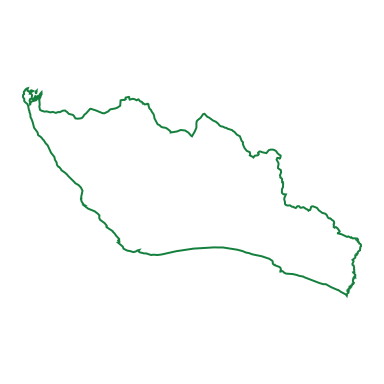 outline of Jembrana, Bali, Indonesia
{"feature_id": "22746128B85592790675198", "entity_name": "Jembrana", "entity_type": "district", "adm_level": 2, "iso_a3": "IDN", "parent_name": "Indonesia", "parent_adm1": "Bali", "projection": "orthographic", "projection_center": [114.641, -8.314], "detail": "fine", "context": "isolated", "style": "outline", "palette": "green", "viewbox_px": 384, "rotation_deg": 0, "n_neighbors": 0, "source": "geoboundaries", "source_scale": "gbopen_adm2", "svg_char_len": 5906}
<svg xmlns="http://www.w3.org/2000/svg" viewBox="0 0 384 384"><path d="M40.5,96.9L40.6,96.0L41.6,94.3L41.5,92.3L40.2,93.7L38.9,96.6L36.2,100.2L31.3,101.6L30.9,102.0L30.8,102.7L30.0,103.4L30.3,104.2L30.1,104.4L29.8,103.2L30.5,102.5L29.7,101.3L29.5,99.6L29.1,99.4L29.6,99.5L30.2,99.0L30.7,99.1L32.0,98.5L31.7,97.7L32.1,95.2L31.6,94.4L30.7,93.8L30.8,93.2L29.9,93.5L30.0,93.0L29.5,92.4L29.5,91.5L27.5,90.8L27.3,90.0L27.9,88.2L26.7,88.6L25.3,89.7L24.8,90.9L24.1,91.4L23.8,92.3L24.1,94.1L23.0,95.1L23.1,97.3L24.3,99.0L24.2,100.9L24.6,101.6L27.4,104.1L28.1,105.6L28.9,110.0L29.5,111.1L29.4,111.9L30.3,114.3L30.6,117.6L31.3,118.5L32.7,122.2L34.1,127.8L37.5,132.3L38.2,135.2L40.5,136.7L41.9,138.1L42.6,139.2L43.8,140.3L45.6,143.2L47.7,145.4L51.0,152.7L54.4,157.0L54.9,159.7L56.6,162.5L56.9,164.7L57.8,166.1L58.4,166.8L59.3,167.1L60.9,169.1L61.4,170.2L64.9,172.6L67.0,174.5L68.2,176.0L74.7,182.4L75.1,183.1L78.6,185.1L80.9,187.5L82.5,190.7L81.2,196.9L81.4,198.5L80.9,198.6L80.9,199.1L81.8,201.9L83.9,204.9L84.5,205.2L83.8,205.3L88.2,208.7L94.5,211.2L97.7,213.6L99.0,215.0L99.4,215.4L99.2,217.9L100.2,219.9L104.6,223.1L106.6,225.5L106.8,226.3L106.4,226.7L106.5,227.1L112.6,231.1L112.7,231.6L114.4,233.2L116.2,235.8L119.2,239.0L118.8,239.9L118.2,240.4L119.0,241.4L119.3,241.2L119.4,241.9L117.9,242.5L122.8,246.6L123.5,248.7L127.3,250.6L130.5,251.2L133.3,252.1L135.6,251.6L137.3,250.5L139.2,250.0L138.4,251.1L139.7,252.3L144.0,253.4L146.1,253.4L151.1,255.0L153.2,254.7L157.6,255.0L161.5,254.5L176.3,251.2L193.7,248.6L207.1,247.8L213.4,247.4L223.1,247.5L237.2,249.7L242.6,251.1L245.8,252.5L249.0,253.1L252.2,254.3L261.9,256.3L269.3,258.8L272.3,260.8L272.8,262.1L272.8,263.6L273.4,264.3L274.1,264.8L274.7,264.8L274.7,265.1L275.2,265.4L279.3,266.9L280.3,267.6L280.9,269.3L280.9,270.0L280.3,271.0L280.4,271.6L282.3,271.1L283.2,271.6L284.1,272.7L286.1,273.6L293.0,274.1L297.2,275.1L299.0,275.8L303.4,276.6L304.2,277.2L319.6,283.1L323.4,284.2L325.9,284.2L331.0,287.1L337.7,290.0L338.2,290.0L341.1,292.0L345.9,294.5L346.8,295.8L346.9,295.4L346.5,294.7L347.6,293.2L348.3,292.9L348.6,291.9L348.3,291.5L347.4,291.1L347.4,290.3L348.6,290.3L348.3,289.4L348.4,289.0L349.5,288.7L349.4,288.1L350.0,287.9L349.5,287.1L349.5,286.8L350.8,286.8L350.5,286.1L350.6,285.7L351.9,285.6L352.4,283.8L353.2,284.0L353.9,282.8L353.2,282.1L352.9,281.0L352.9,280.0L353.4,279.5L353.2,278.6L353.4,278.1L355.2,277.7L354.4,276.5L355.3,276.0L355.3,274.9L354.6,274.2L354.2,273.1L353.3,272.7L353.1,272.3L354.3,271.9L354.1,271.5L354.3,269.7L353.9,269.1L354.2,267.3L353.5,265.9L353.6,265.5L352.5,264.8L352.4,263.8L353.4,261.9L353.6,261.1L352.5,259.9L355.3,257.6L355.3,255.3L356.6,255.1L356.8,254.7L356.5,254.0L357.6,253.6L357.8,253.1L357.6,252.6L358.2,251.5L360.0,250.3L360.3,247.1L361.0,246.2L360.9,244.7L360.3,243.9L359.3,243.6L359.0,242.3L357.9,241.8L357.8,241.0L357.4,240.7L358.1,240.0L357.4,238.6L356.0,238.7L355.9,238.9L355.6,238.3L352.4,238.3L351.4,237.3L350.8,237.7L348.3,236.4L347.1,236.9L341.4,234.2L337.9,233.4L338.0,232.9L339.2,232.4L339.7,231.4L337.7,228.5L335.9,227.1L334.5,227.7L333.7,227.0L333.9,224.8L333.6,224.2L334.2,223.2L333.9,221.6L333.4,220.8L331.8,219.8L331.1,219.0L330.5,218.8L330.2,218.3L328.9,218.3L327.8,217.4L326.9,215.3L325.7,214.0L324.8,213.5L322.5,213.0L321.6,212.4L318.8,210.3L317.0,207.9L316.3,207.6L312.9,206.3L312.1,206.3L311.2,206.8L310.2,209.9L309.6,210.2L308.8,210.1L308.4,210.6L307.4,209.5L306.3,209.1L303.5,207.2L300.8,207.8L300.3,207.6L299.0,206.2L297.8,206.2L296.9,206.6L296.3,207.7L295.4,208.0L293.1,206.8L291.9,206.7L290.0,205.4L287.2,205.5L285.5,204.7L285.0,203.8L285.0,202.2L284.2,199.3L284.5,197.6L285.9,194.4L283.3,194.2L281.9,192.8L281.9,190.2L282.0,189.2L283.0,187.1L283.1,183.4L282.3,182.5L282.9,182.0L282.0,181.1L282.1,179.2L281.8,178.5L280.3,177.5L280.4,176.6L280.0,175.3L281.1,172.4L280.8,170.1L278.1,168.3L278.0,166.7L278.5,164.8L278.5,163.1L276.6,159.6L277.3,157.9L278.6,158.0L279.6,158.6L280.1,158.3L280.7,156.0L280.5,155.4L279.3,154.8L277.4,153.1L276.2,151.2L274.7,150.2L272.9,149.6L270.7,149.6L269.2,150.0L268.5,150.5L266.4,153.1L262.4,152.3L260.4,151.5L259.4,151.5L258.1,152.7L258.0,153.0L258.8,154.1L258.1,155.1L257.8,155.3L254.8,155.7L253.4,157.5L252.4,156.6L249.8,155.4L250.2,154.1L249.8,152.2L246.8,150.9L244.5,148.0L242.8,144.0L243.0,142.3L241.6,140.8L239.9,136.3L236.8,134.6L234.5,131.9L232.9,131.0L232.1,130.1L227.2,128.6L226.5,127.9L224.8,127.7L223.1,126.7L220.9,126.3L219.4,125.3L218.2,123.7L215.8,121.7L213.3,120.7L209.1,117.6L207.3,116.8L204.5,113.8L203.2,114.1L200.6,117.8L197.6,120.2L196.7,121.3L196.4,123.4L196.4,127.7L194.8,131.4L192.0,136.3L191.1,135.7L188.4,132.6L185.1,130.5L180.7,130.0L176.9,131.5L170.6,132.5L170.6,131.7L170.0,130.9L166.9,128.5L165.5,127.8L162.3,127.3L160.8,126.5L159.6,125.2L157.8,124.4L157.4,123.9L154.4,118.2L154.2,116.2L153.5,114.1L151.5,111.3L151.2,110.2L149.4,108.4L148.5,105.6L148.5,104.4L148.1,103.9L147.1,103.8L146.9,104.1L144.6,104.4L143.6,103.4L143.1,103.6L143.0,103.1L142.3,102.8L142.2,102.3L141.6,101.7L140.6,101.6L140.0,101.2L138.5,99.4L137.9,99.5L136.7,100.3L134.3,99.1L132.8,98.8L129.7,99.6L129.3,98.7L129.2,97.2L128.9,96.9L125.7,97.6L125.3,98.8L125.6,99.3L124.3,100.0L122.3,99.9L120.6,100.4L120.2,105.7L117.5,107.6L115.1,108.5L110.5,109.3L109.5,110.0L108.4,111.3L104.4,113.3L102.6,113.2L95.8,110.4L90.8,108.8L90.1,108.9L86.2,113.3L84.3,114.8L83.4,116.3L82.0,117.9L81.0,118.3L77.9,118.7L75.4,118.4L73.7,115.6L72.8,114.9L68.7,113.8L67.5,112.4L65.0,110.5L62.7,110.7L59.8,112.2L58.3,112.0L55.9,112.9L52.7,111.9L50.5,112.4L46.7,111.4L44.4,111.6L41.3,110.6L40.0,109.8L39.3,106.4L39.7,104.8L39.4,100.5L39.1,99.9L40.5,96.9ZM35.3,96.1L33.1,99.9L33.3,100.5L33.8,100.5L35.2,99.7L36.8,98.2L37.7,96.7L37.6,96.3L36.7,97.2L36.1,97.3L35.9,96.9L36.4,96.6L35.3,96.1ZM33.1,91.0L31.2,90.3L30.9,90.5L31.1,91.1L31.8,91.6L32.6,91.5L33.1,91.0ZM36.3,91.3L36.4,90.9L35.5,91.7L35.9,93.1L36.2,93.1L36.6,91.5L36.3,91.3Z" fill="none" stroke="#15803d" stroke-width="2"/></svg>